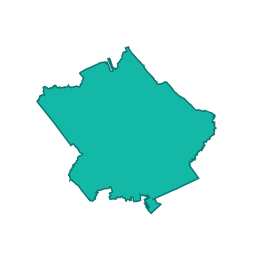 Fagetelu, Olt, Romania (Equal Earth projection), rotated 54°
{"feature_id": "2599482B40628155009559", "entity_name": "Fagetelu", "entity_type": "district", "adm_level": 2, "iso_a3": "ROU", "parent_name": "Romania", "parent_adm1": "Olt", "projection": "equal_earth", "projection_center": [24.54, 44.785], "detail": "fine", "context": "isolated", "style": "filled", "palette": "teal", "viewbox_px": 256, "rotation_deg": 54, "n_neighbors": 0, "source": "geoboundaries", "source_scale": "gbopen_adm2", "svg_char_len": 5811}
<svg xmlns="http://www.w3.org/2000/svg" viewBox="0 0 256 256"><g transform="rotate(54 128 128)"><path d="M210.7,159.4L210.2,156.8L209.2,147.5L209.0,146.3L208.5,146.5L205.4,148.8L200.9,147.8L200.4,149.8L200.3,149.7L205.1,126.9L205.7,125.3L205.8,123.8L206.1,122.1L210.2,100.4L194.6,100.3L194.8,100.0L194.0,99.8L193.9,99.2L192.8,99.2L192.1,98.7L192.3,98.0L191.7,97.6L192.3,97.2L192.7,96.6L192.6,95.5L192.3,94.9L191.7,95.1L191.0,94.7L190.9,94.0L191.2,93.8L192.1,94.1L192.1,93.7L192.9,93.2L193.1,92.9L192.8,92.5L192.0,92.2L192.5,91.4L190.4,90.7L190.4,90.1L189.8,89.4L190.4,88.7L190.5,88.1L190.0,87.3L189.0,87.3L189.1,86.4L188.5,85.9L188.4,85.0L188.9,84.4L188.4,83.5L188.3,83.1L188.8,82.3L189.3,82.0L188.7,81.5L189.2,81.3L189.2,80.6L189.0,80.3L187.9,80.1L188.2,79.1L187.1,78.9L187.2,78.6L187.9,78.1L187.6,77.6L187.0,77.6L186.8,77.4L186.7,76.9L187.2,76.3L187.2,76.1L186.7,75.9L186.0,76.2L185.3,75.8L184.4,75.8L184.2,75.7L184.3,75.4L184.0,75.1L184.5,74.5L184.7,73.5L185.4,73.2L185.1,72.4L184.6,72.4L184.3,70.9L184.7,69.2L185.1,68.8L185.1,68.6L184.4,67.8L183.5,67.4L183.8,67.1L183.8,66.5L183.5,65.3L183.5,64.4L183.3,64.0L183.9,63.2L183.9,62.9L183.3,62.5L183.6,61.7L182.4,61.8L181.9,61.1L182.0,60.7L181.7,60.5L181.4,59.9L180.6,59.4L179.8,59.4L180.1,59.0L179.4,57.7L179.9,57.1L179.8,56.9L178.5,57.2L177.5,57.1L177.1,56.7L176.1,56.8L175.8,56.4L176.0,56.0L175.3,55.9L175.3,55.3L174.7,55.3L174.3,54.6L173.8,55.2L173.5,56.2L172.7,56.4L172.9,56.0L173.1,55.3L172.4,55.6L171.2,54.8L170.7,52.6L170.4,52.0L170.1,52.0L169.5,52.6L169.3,52.0L167.9,51.1L167.8,50.8L168.0,50.6L168.8,51.1L169.5,50.8L168.6,50.2L166.7,51.0L165.6,51.2L158.6,56.0L159.0,56.5L158.8,57.2L154.6,60.4L154.3,61.0L154.3,62.1L152.6,62.9L150.0,63.3L147.1,63.4L143.4,64.4L136.9,65.3L135.4,66.4L133.2,67.0L132.2,67.8L128.0,68.5L127.1,69.0L125.4,69.1L124.7,69.4L124.1,69.4L123.3,69.0L118.5,69.3L114.5,69.9L114.4,69.7L113.3,70.0L112.8,70.6L112.4,71.5L112.1,74.5L111.5,75.4L110.9,77.1L109.7,78.3L109.4,78.2L108.1,78.4L107.7,77.6L105.3,78.4L103.2,78.5L103.0,78.0L93.3,79.4L88.4,79.3L88.2,79.0L87.6,79.1L86.6,78.3L85.6,79.2L81.1,79.4L81.2,79.7L76.1,80.3L75.6,80.1L70.4,80.9L65.1,80.8L62.7,80.0L61.7,83.0L65.6,84.1L64.8,85.3L64.7,85.8L64.1,86.5L64.5,88.3L65.6,89.5L66.1,90.3L67.9,91.5L68.3,93.1L68.3,93.8L69.1,95.1L69.3,96.5L69.8,97.7L69.9,98.8L71.9,99.7L72.7,100.5L73.2,101.9L73.0,102.7L73.3,103.4L72.3,103.4L71.8,104.3L71.1,104.1L70.9,104.8L69.2,104.5L64.0,103.0L63.9,102.7L60.8,102.0L60.2,103.6L68.8,105.6L70.0,106.0L72.8,106.2L73.0,107.2L71.7,108.7L66.4,107.1L62.4,106.2L62.2,106.9L62.8,107.5L62.5,107.5L62.3,108.0L61.2,107.6L58.7,112.7L58.6,114.4L57.0,121.9L57.0,123.5L56.5,124.3L55.7,128.1L55.1,134.3L55.3,134.8L56.1,134.9L60.8,134.5L61.4,134.6L63.1,137.5L65.0,139.5L64.6,139.9L64.7,140.8L66.2,142.2L66.3,142.4L66.1,143.3L65.7,143.8L64.9,144.1L63.8,145.0L63.4,146.6L63.0,147.2L63.0,147.6L62.6,148.1L62.6,148.8L61.8,149.6L62.0,150.2L61.7,150.6L60.9,150.7L60.5,151.0L59.7,151.0L59.0,151.5L58.6,151.3L58.9,152.2L58.7,152.4L59.0,153.0L58.3,154.8L57.7,155.0L57.9,155.4L57.2,156.0L56.8,157.9L56.2,158.5L55.7,158.5L55.2,159.1L54.5,159.5L54.4,159.7L55.0,160.3L54.5,161.0L54.1,161.3L52.2,162.0L51.9,162.0L51.9,161.6L51.5,161.7L51.2,161.5L50.9,161.8L51.2,162.4L50.7,162.4L50.3,162.6L50.7,164.5L50.5,165.1L51.3,165.2L50.5,166.5L50.6,167.1L49.8,167.5L49.9,168.4L49.7,169.1L48.5,169.8L47.4,169.8L47.0,170.5L46.2,170.5L46.2,170.8L45.5,171.3L45.3,171.8L45.5,172.9L46.7,173.0L47.9,173.7L48.1,174.3L48.6,175.1L49.9,175.1L50.6,175.7L51.9,176.0L52.2,176.5L51.6,176.8L50.5,178.5L50.9,179.4L50.4,179.9L50.4,180.8L51.3,181.6L51.5,181.6L51.8,182.2L52.2,182.6L52.4,184.2L53.1,184.2L52.9,185.1L53.2,186.0L79.4,184.8L108.7,184.4L108.6,181.3L112.9,181.3L112.9,180.9L114.8,181.0L115.2,180.8L119.8,181.3L122.3,179.8L122.5,180.0L122.7,182.1L122.1,183.1L122.1,185.3L122.6,186.4L124.3,187.5L124.5,187.8L124.3,188.8L124.8,189.5L125.5,189.9L125.5,192.5L125.8,193.0L126.7,193.7L126.5,194.0L125.7,194.2L125.6,194.5L127.3,195.1L127.0,196.1L127.8,197.1L127.9,197.7L128.5,198.1L128.2,199.2L128.3,199.6L128.7,199.9L129.7,200.1L129.5,200.8L130.0,201.3L130.9,203.6L131.6,203.8L133.0,203.2L133.4,203.9L135.3,204.5L136.4,205.8L136.5,204.7L137.1,203.9L138.5,204.0L140.4,203.3L142.5,203.1L143.7,202.5L144.6,202.5L144.8,202.0L150.9,202.1L164.2,201.5L164.1,200.9L164.9,200.8L165.3,200.3L165.8,200.2L166.3,199.5L166.4,199.1L166.0,198.2L166.3,196.9L166.0,195.9L164.3,195.7L164.2,195.3L164.7,195.0L164.4,194.8L164.5,194.4L164.3,194.0L163.7,193.2L163.5,192.2L161.8,192.2L161.5,192.0L161.5,191.1L162.5,191.0L162.6,190.1L161.1,190.1L160.7,188.9L161.5,188.0L161.9,186.9L162.2,186.6L162.6,185.3L162.5,184.8L163.2,183.1L163.2,182.5L164.2,181.5L165.6,178.6L165.2,177.3L165.4,176.6L170.4,178.0L170.6,178.4L170.1,179.9L170.0,181.5L172.4,181.5L172.6,183.7L175.3,184.4L175.8,183.0L176.8,181.2L177.6,180.6L177.7,180.0L178.5,179.5L178.3,179.0L177.8,178.7L178.0,177.7L177.6,177.2L178.8,176.3L179.2,175.6L179.7,175.1L179.5,174.1L179.7,173.1L181.3,173.2L182.1,172.2L182.8,172.2L183.6,171.5L185.7,172.7L185.9,172.3L185.3,171.7L185.8,170.2L187.0,169.0L186.9,168.4L188.0,168.9L188.4,167.5L187.2,167.3L186.9,166.9L185.9,166.6L185.9,166.2L187.0,164.7L191.0,166.5L192.3,164.1L192.7,163.9L193.0,163.1L192.8,162.8L193.5,161.8L193.7,161.1L193.8,160.2L189.3,157.3L189.6,157.3L189.8,156.8L190.2,156.8L190.4,156.2L191.0,155.9L191.2,155.4L191.6,155.5L192.0,154.3L193.0,154.2L193.9,153.6L193.5,152.2L194.0,151.7L195.2,152.4L195.4,152.3L195.1,151.4L195.3,151.1L196.5,151.3L196.3,152.1L196.8,152.3L196.7,152.6L196.4,153.6L195.7,153.4L195.6,154.0L197.0,154.4L196.7,155.0L195.8,154.8L195.6,156.0L195.8,156.2L195.6,157.0L198.4,157.5L198.5,157.0L204.7,157.5L205.0,158.2L204.9,158.7L198.6,158.3L198.6,158.9L203.1,159.1L202.3,159.6L201.7,159.7L204.8,159.9L205.9,159.7L206.4,160.0L210.7,159.4Z" fill="#14b8a6" stroke="#0f766e" stroke-width="1.5"/></g></svg>